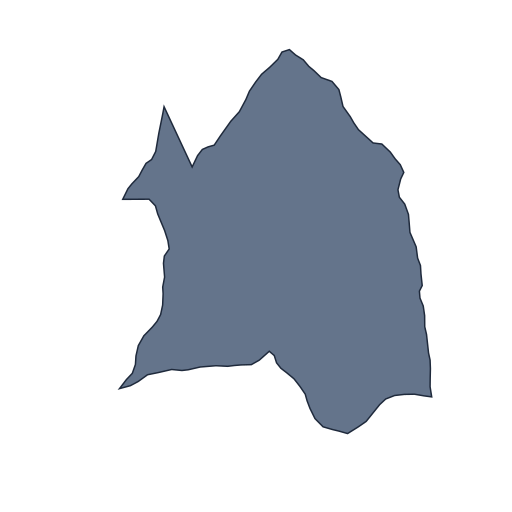 Pradópolis, São Paulo, Brazil (orthographic projection), rotated 167°
{"feature_id": "56859067B17432749065074", "entity_name": "Pradópolis", "entity_type": "district", "adm_level": 2, "iso_a3": "BRA", "parent_name": "Brazil", "parent_adm1": "São Paulo", "projection": "orthographic", "projection_center": [-48.08, -21.346], "detail": "fine", "context": "isolated", "style": "filled", "palette": "slate", "viewbox_px": 512, "rotation_deg": 167, "n_neighbors": 0, "source": "geoboundaries", "source_scale": "gbopen_adm2", "svg_char_len": 1714}
<svg xmlns="http://www.w3.org/2000/svg" viewBox="0 0 512 512"><g transform="rotate(167 256 256)"><path d="M116.5,79.2L115.8,89.4L113.8,97.6L111.4,107.0L109.8,115.4L109.7,122.7L107.5,141.2L107.5,149.1L105.1,160.0L104.3,169.7L105.7,178.1L104.7,185.0L100.7,189.8L99.3,201.4L97.9,209.7L99.0,217.6L97.9,228.9L100.7,244.4L99.4,253.1L98.1,262.2L99.4,273.1L103.1,281.0L102.8,288.6L97.7,298.5L93.2,304.2L94.9,312.5L98.6,319.4L101.8,327.1L108.2,336.8L116.5,339.8L127.8,356.1L130.8,363.8L132.8,370.5L137.6,382.1L137.6,391.9L137.8,399.5L142.7,409.0L152.4,415.2L157.8,423.5L161.9,428.9L165.8,436.5L172.3,443.0L177.0,449.6L184.8,448.9L190.5,442.7L200.0,436.9L209.7,431.8L217.2,425.6L225.3,418.1L230.6,410.8L239.8,400.3L250.2,393.0L263.6,381.1L271.8,373.4L278.2,373.1L284.3,371.9L290.3,367.0L298.2,357.1L312.0,422.1L314.7,415.9L319.0,406.4L323.1,397.4L330.2,380.4L336.0,373.5L342.3,371.0L347.4,365.5L352.4,359.7L360.6,354.3L365.6,350.4L373.1,341.2L347.4,335.4L342.7,327.5L342.3,319.1L341.1,311.9L339.3,301.3L338.4,290.8L339.0,282.4L345.3,276.6L347.8,269.7L349.8,256.0L353.9,246.7L355.0,240.1L358.0,229.2L362.1,220.4L367.1,214.6L373.1,210.0L383.2,203.5L390.8,195.2L395.4,185.7L397.9,177.4L402.9,169.5L410.0,164.8L418.8,157.5L407.6,157.9L398.8,160.3L388.4,164.7L377.2,164.4L363.7,164.4L353.9,161.1L347.7,160.4L335.4,160.4L319.7,158.1L308.4,154.9L301.8,154.2L294.9,153.2L285.0,151.2L276.2,153.8L264.5,160.2L260.6,154.9L260.0,147.3L257.0,141.0L252.4,135.4L246.6,127.8L242.5,119.0L239.1,110.3L238.8,103.5L237.7,95.4L235.1,84.3L229.1,74.5L220.5,69.7L214.7,66.8L206.7,62.4L194.8,66.5L185.8,70.1L168.9,83.4L161.8,87.5L152.3,88.9L142.6,87.8L132.7,85.7L123.9,82.0L116.5,79.2Z" fill="#64748b" stroke="#1e293b" stroke-width="1.5"/></g></svg>